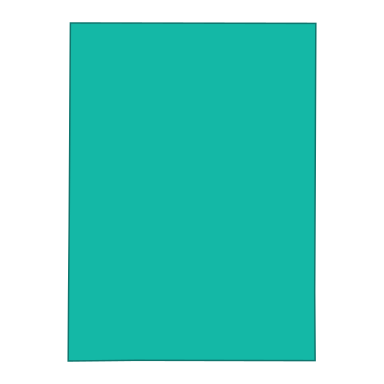 Clay, Kansas, United States of America (orthographic projection)
{"feature_id": "52423323B796635822074", "entity_name": "Clay", "entity_type": "district", "adm_level": 2, "iso_a3": "USA", "parent_name": "United States of America", "parent_adm1": "Kansas", "projection": "orthographic", "projection_center": [-97.195, 39.349], "detail": "fine", "context": "isolated", "style": "filled", "palette": "teal", "viewbox_px": 384, "rotation_deg": 0, "n_neighbors": 0, "source": "geoboundaries", "source_scale": "gbopen_adm2", "svg_char_len": 244}
<svg xmlns="http://www.w3.org/2000/svg" viewBox="0 0 384 384"><path d="M70.4,23.0L69.2,225.8L68.6,293.4L68.2,361.0L135.5,360.3L314.0,360.6L315.1,360.6L314.7,292.4L315.8,23.4L70.4,23.0Z" fill="#14b8a6" stroke="#0f766e" stroke-width="1.5"/></svg>